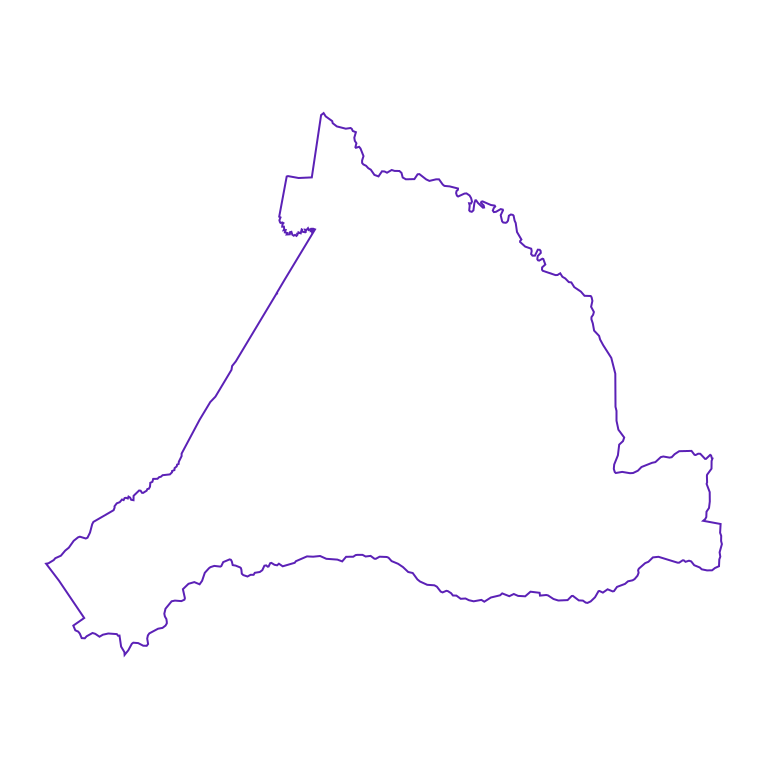 La Troncal, Cañar, Ecuador
{"feature_id": "8360857B94153717881636", "entity_name": "La Troncal", "entity_type": "district", "adm_level": 2, "iso_a3": "ECU", "parent_name": "Ecuador", "parent_adm1": "Cañar", "projection": "natural_earth1", "projection_center": [-79.383, -2.434], "detail": "fine", "context": "isolated", "style": "outline", "palette": "violet", "viewbox_px": 768, "rotation_deg": 0, "n_neighbors": 0, "source": "geoboundaries", "source_scale": "gbopen_adm2", "svg_char_len": 6088}
<svg xmlns="http://www.w3.org/2000/svg" viewBox="0 0 768 768"><path d="M691.5,450.9L679.2,451.2L674.6,454.2L671.7,457.2L669.5,457.6L663.3,456.5L660.8,457.1L655.4,462.1L652.1,462.8L641.5,467.0L637.9,470.7L633.1,473.0L630.0,473.2L622.2,471.9L615.8,473.0L614.8,472.1L613.8,468.9L614.2,464.5L617.9,455.3L619.2,444.6L623.0,441.1L624.2,437.5L618.4,429.7L616.5,420.7L616.5,410.9L615.5,406.8L615.3,373.7L611.3,357.9L603.2,345.2L600.1,339.5L599.1,335.9L594.1,330.6L592.8,323.4L591.4,319.2L591.5,317.1L593.1,314.8L593.9,312.0L591.1,306.8L592.4,300.9L591.6,297.3L590.7,296.0L584.5,295.8L580.9,291.6L574.3,287.2L571.3,282.4L568.8,282.1L565.2,278.4L562.4,276.8L560.2,273.3L557.5,275.0L555.5,275.1L542.8,270.8L542.0,269.7L542.1,267.4L545.3,264.5L543.3,259.0L542.4,258.7L539.2,260.6L538.0,260.3L537.3,259.2L537.7,256.1L540.8,252.9L540.6,250.9L539.7,249.8L537.8,249.7L534.9,255.7L532.5,255.7L531.1,254.0L531.7,251.0L531.2,248.7L525.2,246.6L520.1,242.0L520.1,241.1L521.4,239.5L517.0,232.0L515.7,223.0L514.6,220.6L513.6,215.7L512.8,214.9L510.9,214.5L508.9,215.7L508.0,220.7L506.8,222.3L505.8,222.8L503.2,222.5L502.1,221.3L500.7,215.2L503.0,210.3L502.8,209.6L500.7,209.1L496.0,211.8L493.9,212.1L492.8,210.6L493.7,208.2L495.2,206.5L494.7,205.6L490.9,205.0L482.6,201.4L481.4,201.7L481.0,202.8L483.7,205.5L484.1,207.5L483.0,207.7L478.0,203.0L476.1,200.3L475.4,200.3L474.4,203.0L473.4,210.4L471.8,211.8L469.9,211.3L469.2,210.3L469.7,205.6L469.1,203.3L471.0,203.5L472.0,201.6L471.1,198.1L469.6,195.5L466.5,193.4L464.4,193.6L458.1,196.5L456.9,195.6L456.1,193.1L456.5,191.1L457.9,189.8L458.0,188.5L449.7,186.4L444.4,185.9L442.7,184.5L439.0,179.3L436.2,179.3L429.4,180.9L426.2,179.4L419.4,174.1L417.6,174.3L414.4,179.1L405.9,179.3L402.7,177.5L401.5,172.9L399.4,171.0L394.5,170.9L391.7,170.0L387.0,172.7L384.6,171.5L382.0,171.3L378.5,176.4L374.4,174.9L370.8,169.7L368.3,168.2L366.1,165.8L363.3,164.4L362.1,162.9L362.1,160.5L363.5,156.1L360.5,148.5L359.1,146.8L355.9,147.8L355.4,147.2L356.4,143.3L354.8,140.8L354.3,137.7L355.9,132.2L352.8,131.0L351.8,128.9L350.6,128.0L345.8,128.7L336.8,126.4L332.7,123.2L332.2,121.1L325.7,116.4L323.6,113.1L321.1,115.1L311.8,177.4L298.6,178.0L288.0,176.1L286.7,176.5L279.2,216.7L280.5,217.4L279.4,220.2L279.9,222.0L280.5,222.9L282.4,222.5L283.4,223.1L282.5,224.2L282.2,226.7L283.9,226.7L284.2,229.0L283.6,230.3L285.6,230.1L284.9,232.4L287.4,233.0L286.7,234.5L289.8,234.3L290.0,232.2L291.4,231.8L292.3,234.7L293.7,235.7L295.0,234.9L296.5,235.9L297.4,234.8L297.2,233.6L298.6,233.2L298.6,232.4L300.7,233.3L301.7,229.4L302.2,229.7L302.0,231.6L305.3,232.3L305.8,231.9L305.0,229.7L306.5,230.0L308.0,228.2L308.8,230.0L310.4,229.2L310.6,231.0L311.3,230.6L311.4,228.8L311.9,228.8L312.0,230.7L313.3,228.8L315.0,229.4L285.0,279.1L276.7,293.1L277.0,293.6L276.2,294.1L235.8,361.4L232.1,366.0L231.5,369.8L215.4,396.7L210.3,402.0L199.7,419.6L181.6,453.6L181.6,456.1L178.8,461.8L178.6,464.0L177.1,464.6L176.7,466.4L174.6,468.1L174.4,470.1L172.1,471.0L172.0,472.3L169.9,474.4L162.6,475.2L160.8,476.8L159.2,477.1L157.5,478.8L153.2,478.9L152.4,481.8L150.3,482.8L150.0,486.7L148.8,488.8L147.4,489.0L146.6,490.7L143.1,492.9L142.0,492.8L140.6,490.7L139.1,490.5L133.6,495.8L133.5,500.2L131.2,499.8L130.1,497.6L128.5,496.6L127.8,498.5L125.9,497.8L124.6,498.1L123.6,500.1L122.0,499.5L119.7,502.2L116.8,503.3L114.5,506.3L114.6,507.6L113.6,510.2L93.4,521.9L92.2,524.2L90.0,532.6L87.5,537.7L85.8,538.5L79.9,536.7L78.1,537.3L73.7,540.8L68.8,547.7L65.2,550.6L60.9,555.7L55.3,558.2L53.7,560.1L48.4,563.3L46.1,563.7L59.0,580.7L84.2,618.0L73.3,625.6L75.3,630.3L78.2,631.6L79.8,633.6L81.7,638.1L84.8,638.3L86.6,636.3L92.5,633.0L95.2,633.8L99.5,636.7L102.9,634.7L108.3,633.5L116.8,634.1L118.2,635.8L119.5,635.6L121.1,646.6L124.4,652.1L124.6,654.9L128.3,650.3L131.8,643.8L133.3,642.7L138.2,643.1L143.2,645.7L146.7,645.8L148.1,644.0L147.2,638.6L147.9,635.4L149.3,633.4L158.1,628.7L162.5,627.9L165.5,625.6L166.8,623.4L166.8,621.9L166.4,619.1L164.9,616.5L164.3,613.7L165.5,608.7L171.6,601.3L174.9,600.6L181.4,601.1L184.4,599.7L184.9,598.2L182.9,589.2L188.5,583.8L194.3,582.1L199.6,584.3L202.1,580.8L204.8,572.8L209.0,568.2L210.5,567.1L214.3,565.9L220.3,566.6L221.3,566.1L223.2,562.1L229.6,559.4L230.9,559.8L231.8,561.4L232.7,565.1L235.6,565.6L240.1,567.4L240.9,568.1L241.4,569.8L241.8,573.7L243.3,575.1L247.5,576.5L250.6,574.8L253.6,574.8L254.8,572.8L259.8,572.0L262.3,570.2L264.4,565.7L266.2,565.4L267.7,566.7L268.6,566.5L270.2,563.2L271.4,562.9L274.5,564.8L277.1,565.3L278.9,563.7L282.7,566.3L294.7,562.8L295.9,561.2L307.0,556.4L313.1,556.7L320.1,556.0L326.3,558.8L337.4,559.6L342.2,561.4L346.1,556.8L353.3,556.7L355.6,555.1L357.0,554.9L362.6,554.9L365.6,556.5L370.6,555.9L374.4,558.7L375.8,558.8L379.6,556.7L386.8,557.0L388.5,557.7L391.6,561.1L398.1,563.8L403.0,567.1L408.2,572.0L412.7,573.0L417.4,579.4L420.0,581.5L427.2,584.8L434.4,585.3L436.9,586.7L440.7,591.6L442.6,592.4L446.4,590.8L447.8,591.1L451.1,593.2L452.9,595.5L456.4,595.6L460.7,598.8L465.5,598.5L468.9,600.2L473.7,601.3L481.4,599.9L484.3,601.7L490.9,597.5L500.1,595.3L502.2,593.4L509.3,596.2L513.8,594.0L518.1,595.9L525.2,596.3L530.5,591.7L539.6,592.8L540.0,595.6L546.2,595.0L548.0,595.4L553.5,599.0L558.3,600.5L567.6,600.1L571.7,596.0L572.9,595.9L578.8,600.4L582.9,600.6L585.7,602.6L587.5,602.9L590.7,601.4L595.0,597.3L598.5,591.2L599.5,591.0L602.9,592.6L607.6,589.3L612.7,591.4L614.0,591.1L617.0,586.9L625.0,583.9L628.0,581.3L632.6,580.3L634.6,579.1L637.5,575.7L638.6,572.8L638.1,570.3L638.8,568.7L645.2,563.1L648.4,561.8L652.9,557.4L658.5,556.8L677.7,562.7L679.1,562.7L682.7,560.3L683.7,560.3L685.5,561.8L689.0,560.7L691.2,561.4L694.2,565.2L699.8,567.5L701.7,569.3L707.0,570.4L712.1,570.3L715.0,568.0L719.0,566.2L719.3,559.4L720.3,556.7L719.6,552.3L721.9,544.1L721.1,541.0L721.2,535.8L720.1,532.8L720.6,524.0L703.2,520.8L705.2,519.1L706.3,517.0L706.5,511.7L709.0,508.0L709.8,501.5L709.7,492.1L706.6,483.9L707.1,482.4L706.9,475.9L707.1,474.7L711.5,468.7L711.6,460.9L712.5,458.4L711.8,458.1L711.1,455.5L710.2,454.9L706.1,458.8L705.1,458.9L700.3,453.8L698.2,453.7L695.7,455.0L694.5,454.8L691.5,450.9Z" fill="none" stroke="#5b21b6" stroke-width="2"/></svg>